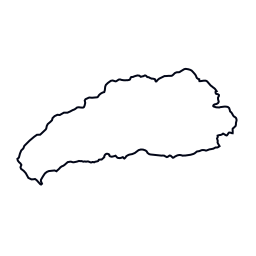 the district of Armenis, Caras-Severin, Romania, rotated 185°
{"feature_id": "2599482B91959331026404", "entity_name": "Armenis", "entity_type": "district", "adm_level": 2, "iso_a3": "ROU", "parent_name": "Romania", "parent_adm1": "Caras-Severin", "projection": "equal_earth", "projection_center": [22.398, 45.223], "detail": "fine", "context": "isolated", "style": "outline", "palette": "ink", "viewbox_px": 256, "rotation_deg": 185, "n_neighbors": 0, "source": "geoboundaries", "source_scale": "gbopen_adm2", "svg_char_len": 5234}
<svg xmlns="http://www.w3.org/2000/svg" viewBox="0 0 256 256"><g transform="rotate(185 128 128)"><path d="M222.9,69.6L219.7,68.4L217.6,68.7L216.2,69.1L214.5,68.1L210.5,64.4L209.7,64.1L208.8,65.0L210.1,67.4L210.2,68.8L209.4,70.5L208.6,72.2L207.7,73.9L206.8,75.5L205.0,77.2L203.1,78.2L197.5,79.3L195.4,78.7L194.8,79.6L194.1,80.2L193.4,81.0L192.7,81.8L192.2,82.6L190.8,83.9L189.8,84.4L189.1,84.8L188.6,85.2L187.7,86.0L186.9,86.9L186.0,87.8L185.2,88.7L183.1,89.3L182.0,89.5L180.1,89.1L179.1,89.1L178.5,89.3L177.8,89.5L177.1,89.7L176.5,89.9L175.8,90.1L175.2,90.4L174.6,90.6L174.0,90.9L172.6,90.8L172.2,90.9L171.8,90.9L171.4,91.0L171.0,90.9L170.5,90.8L170.1,90.7L169.7,90.6L169.3,90.6L168.7,90.8L168.4,90.9L168.1,90.9L167.9,90.9L167.6,90.9L167.3,90.8L167.0,90.8L166.7,90.8L166.4,90.9L166.1,91.0L165.8,91.1L164.7,91.2L161.9,90.4L161.6,90.5L161.2,90.6L160.9,90.7L160.6,91.0L159.8,91.1L159.5,91.0L159.2,90.9L158.9,90.9L158.6,90.9L157.8,91.5L155.5,92.2L154.8,92.6L154.3,93.8L153.2,94.1L151.5,94.3L149.7,96.2L149.1,97.0L149.2,97.3L149.2,97.6L149.1,97.9L149.0,98.2L149.0,98.4L148.9,98.7L148.6,99.1L148.5,99.4L148.2,99.7L147.9,100.0L147.6,100.2L147.2,100.4L146.5,100.5L146.1,100.5L145.6,100.4L145.2,100.3L144.8,100.1L144.4,99.9L144.3,99.6L144.3,99.4L144.3,99.1L144.0,98.7L143.5,98.3L142.2,98.0L141.5,98.0L140.6,98.3L139.7,98.6L138.9,98.9L138.0,99.3L136.4,97.8L135.9,97.5L135.7,97.4L135.1,97.3L134.6,97.3L134.1,97.3L133.5,97.3L132.0,97.8L130.8,98.5L130.3,98.4L129.6,97.5L128.9,97.3L128.0,98.3L127.2,99.8L125.2,101.2L124.0,101.7L121.5,102.4L119.0,103.7L115.6,106.8L115.0,107.1L114.3,107.3L113.7,107.6L113.0,107.7L111.2,107.8L108.7,107.2L107.4,106.4L106.4,104.9L104.6,103.8L103.2,103.6L92.1,103.4L91.1,103.6L89.5,103.6L88.9,103.3L88.2,102.9L87.5,102.7L86.8,102.4L86.0,102.7L84.2,104.2L83.1,104.1L80.7,102.3L80.0,102.5L79.5,103.0L79.0,103.4L78.5,103.8L77.9,104.1L77.4,104.5L76.8,104.8L76.2,105.1L75.6,105.3L74.3,105.6L73.9,105.6L73.2,105.6L72.6,105.5L71.9,105.4L71.3,105.2L70.1,105.4L68.4,105.6L66.7,106.0L65.0,106.4L63.3,106.8L60.5,107.9L59.4,108.6L57.3,110.6L54.9,111.2L52.8,112.3L51.5,112.6L50.8,112.6L50.0,112.6L49.2,112.5L48.5,112.3L47.9,112.4L45.0,113.8L44.2,114.0L43.4,114.2L42.6,114.4L41.8,114.7L41.0,114.9L40.7,115.2L40.2,115.5L39.8,115.8L39.4,116.0L39.1,116.2L38.9,116.2L38.6,116.3L38.2,116.3L37.9,116.3L37.6,116.3L36.5,116.8L36.2,117.1L35.9,117.4L35.5,117.6L35.2,117.9L35.8,118.7L36.4,119.5L37.0,120.4L37.5,121.3L37.5,123.1L38.4,125.3L37.8,126.8L38.1,128.2L37.4,128.5L36.7,128.8L35.9,129.0L35.2,129.1L33.8,129.8L32.8,130.7L32.1,130.4L31.4,130.1L30.8,129.8L30.1,129.4L29.0,129.2L28.5,129.7L27.3,131.9L26.9,132.3L26.2,132.3L25.7,132.3L25.3,132.2L24.9,132.1L24.5,132.0L24.1,131.9L23.3,131.9L23.3,132.8L23.7,136.2L23.5,136.7L22.8,137.3L22.2,138.0L21.6,138.7L21.0,139.4L20.8,140.7L20.9,142.4L20.5,145.1L20.6,145.7L20.8,146.3L21.0,146.9L21.3,147.4L21.8,147.8L22.2,148.1L22.7,148.4L23.3,148.6L24.2,149.4L25.6,151.5L26.5,152.6L27.5,153.2L27.9,153.8L28.1,154.6L28.4,155.3L28.7,156.0L29.0,156.7L30.5,157.7L31.1,157.7L31.7,157.8L32.3,157.8L32.9,157.8L33.9,157.7L38.0,156.8L38.8,156.4L42.0,156.3L44.3,156.8L44.9,157.1L45.0,157.8L44.6,158.5L43.9,159.0L41.8,159.7L40.5,160.7L39.9,162.0L40.8,164.5L41.0,166.0L40.8,166.5L40.6,167.0L40.4,167.5L40.2,168.0L40.3,168.8L41.4,169.5L43.1,169.7L43.6,170.2L43.9,170.9L43.9,171.9L42.9,172.4L44.7,174.5L45.8,175.3L47.0,176.0L48.1,176.8L49.3,177.5L53.2,181.3L54.6,181.9L56.4,181.8L59.9,181.0L60.9,180.9L61.1,181.4L61.2,181.8L61.2,182.3L61.3,182.8L61.5,182.8L61.8,182.8L62.1,182.9L62.4,183.0L62.7,183.2L63.7,183.8L64.2,184.5L64.5,185.2L64.8,185.8L65.2,186.4L65.6,187.0L66.9,188.3L68.4,189.7L69.7,190.8L71.6,191.5L72.4,191.6L73.2,191.8L73.9,191.8L74.6,191.9L75.2,191.9L75.9,191.9L77.1,191.5L80.8,188.8L81.5,188.2L82.2,188.0L84.5,187.7L86.1,186.8L87.9,184.7L89.0,183.8L90.8,183.6L92.6,183.4L94.4,183.1L96.2,182.9L101.2,179.9L102.9,178.2L103.7,176.9L104.3,176.8L104.7,177.2L104.9,177.8L105.2,178.3L105.3,178.8L106.0,179.1L106.8,179.2L107.4,179.3L108.1,179.3L108.7,179.2L109.5,179.5L110.3,179.7L111.1,180.1L111.9,180.4L113.2,180.4L114.3,181.4L115.1,181.8L115.9,181.8L117.1,181.0L117.8,180.8L118.4,180.6L119.0,180.4L119.7,180.1L121.2,181.1L123.1,181.2L124.2,180.8L125.3,180.4L126.4,179.9L127.5,179.3L129.0,179.1L129.6,178.7L130.2,176.7L130.6,176.2L132.4,175.6L136.1,175.2L138.4,175.3L140.2,175.7L141.5,175.4L143.6,173.7L144.3,173.4L145.2,173.5L147.4,174.0L149.2,173.5L152.0,171.1L153.8,169.0L154.3,167.2L154.4,163.6L154.8,161.7L156.4,161.1L158.3,159.8L159.7,158.3L160.7,156.4L161.4,155.9L166.5,155.0L169.1,155.0L170.1,154.6L171.0,154.0L172.0,153.5L172.9,152.9L173.5,151.6L172.8,149.3L173.2,146.5L173.8,144.9L174.6,144.4L175.6,144.3L176.7,144.3L177.7,144.3L178.7,144.4L180.5,144.0L182.2,142.4L183.4,141.6L184.7,141.0L185.9,140.2L187.1,139.4L188.4,138.7L189.6,138.0L193.2,137.7L197.1,135.0L199.5,135.0L202.2,133.4L204.0,131.3L204.4,129.1L205.9,127.3L208.3,124.9L209.1,122.9L209.4,120.3L209.9,119.3L214.9,113.7L218.1,113.3L220.8,111.0L224.9,106.9L229.7,101.2L230.5,98.5L232.4,96.3L233.4,93.1L234.1,89.0L235.5,87.6L234.9,85.9L233.3,84.2L232.8,83.9L232.0,83.3L231.0,81.9L231.7,79.6L231.0,78.0L230.2,77.5L229.4,77.0L228.6,76.5L227.9,76.0L227.5,75.6L225.9,74.1L222.9,69.6Z" fill="none" stroke="#020617" stroke-width="2"/></g></svg>